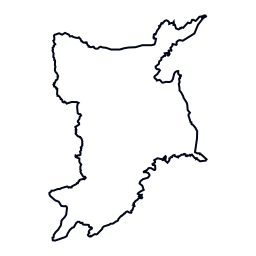 Phunphin, Surat Thani, Thailand (Mercator projection)
{"feature_id": "78962969B67039244737250", "entity_name": "Phunphin", "entity_type": "district", "adm_level": 2, "iso_a3": "THA", "parent_name": "Thailand", "parent_adm1": "Surat Thani", "projection": "mercator", "projection_center": [99.13, 9.024], "detail": "fine", "context": "isolated", "style": "outline", "palette": "ink", "viewbox_px": 256, "rotation_deg": 0, "n_neighbors": 0, "source": "geoboundaries", "source_scale": "gbopen_adm2", "svg_char_len": 5691}
<svg xmlns="http://www.w3.org/2000/svg" viewBox="0 0 256 256"><path d="M205.7,160.6L206.6,159.3L201.0,154.3L199.9,154.3L199.7,153.3L197.4,153.4L195.0,152.2L197.0,138.5L197.2,131.3L195.4,127.8L192.8,124.7L191.6,124.2L191.4,122.3L190.6,122.2L188.5,115.5L188.5,114.6L189.9,112.7L187.7,110.1L187.3,105.1L186.7,102.7L183.5,97.7L183.2,96.2L181.0,92.2L179.5,90.5L179.5,88.1L178.8,83.7L179.6,82.5L179.1,79.2L179.3,78.3L180.0,78.2L180.0,76.8L180.9,76.3L180.9,75.3L179.4,75.1L178.2,73.7L178.2,71.1L176.6,71.3L175.3,72.1L174.2,73.7L172.9,79.0L171.6,81.2L169.7,82.0L165.8,81.9L162.9,82.7L162.1,82.5L160.2,80.3L159.3,79.9L156.8,80.5L156.4,79.4L154.9,78.3L154.3,77.1L154.8,76.1L157.4,74.1L159.9,70.3L159.2,69.4L156.8,69.1L155.7,67.8L155.6,66.5L158.8,64.0L159.2,61.4L161.3,59.8L161.4,57.7L162.8,57.1L163.7,56.0L165.1,55.9L165.3,54.9L164.7,53.3L167.7,52.9L167.5,55.2L168.1,55.6L168.8,55.3L169.6,54.0L168.6,50.9L169.1,50.4L171.3,50.7L171.5,50.3L170.4,48.0L172.2,46.1L172.6,44.0L176.2,44.9L176.6,44.5L176.6,42.0L177.9,40.8L179.5,40.1L182.8,40.7L194.4,33.5L198.0,24.8L202.5,18.9L203.8,17.7L206.0,16.5L205.6,15.6L204.9,15.4L203.4,15.7L201.9,17.4L201.7,16.4L199.4,16.8L196.2,20.5L195.4,20.9L193.5,19.9L192.1,19.9L190.9,22.7L189.4,23.2L187.9,22.6L183.2,27.8L181.6,27.5L180.8,28.4L180.2,28.0L179.1,29.2L178.4,29.4L176.0,28.4L174.9,24.9L173.6,24.9L173.9,24.0L173.7,21.8L172.7,23.3L171.7,22.9L169.2,23.9L169.3,22.6L168.2,21.2L166.5,20.3L164.7,20.9L163.2,22.7L162.1,23.0L162.2,23.5L161.2,23.5L161.2,24.2L160.3,25.1L160.2,26.4L159.6,26.8L159.2,26.6L159.4,27.6L157.2,30.5L155.5,34.4L154.5,34.0L153.9,34.6L153.5,37.6L154.1,37.7L154.1,38.5L156.0,38.8L155.2,42.7L154.4,44.5L151.5,45.2L142.4,45.2L135.5,47.2L128.6,47.5L122.9,48.5L122.1,49.1L121.4,49.0L119.8,49.5L111.0,49.5L106.1,47.8L102.3,47.4L100.7,46.7L99.2,47.3L97.9,48.6L95.9,48.7L94.4,48.1L93.8,46.8L92.9,46.7L91.7,47.2L89.3,46.9L89.0,46.2L88.6,46.3L88.6,45.9L87.4,44.7L86.6,42.5L85.9,42.9L85.6,42.4L84.0,42.7L82.7,42.2L82.1,41.3L81.4,41.2L80.3,38.7L79.5,38.4L78.9,37.4L77.7,37.9L76.1,37.8L73.3,37.0L72.1,36.1L69.9,36.4L68.8,34.6L65.0,32.9L62.1,34.7L59.1,33.3L54.5,34.9L53.9,36.1L54.3,37.4L54.3,39.9L53.3,40.7L54.3,43.0L55.3,44.2L53.7,45.7L53.9,46.5L52.6,47.8L53.0,49.7L52.5,50.4L53.6,53.4L53.3,57.0L54.1,57.8L54.3,60.2L54.9,60.3L55.1,61.4L54.9,65.1L55.5,67.1L55.0,68.1L54.9,70.4L55.8,72.3L56.9,73.4L58.1,76.1L57.5,76.8L57.8,77.4L57.4,79.2L56.7,80.0L55.9,80.2L55.0,82.7L54.0,83.1L54.2,84.0L53.7,84.4L54.2,84.7L53.8,85.4L54.1,86.5L55.4,86.8L56.1,88.2L56.3,87.9L57.3,88.6L57.1,94.3L57.8,95.4L57.6,95.8L59.0,96.2L60.9,98.6L60.8,99.2L61.5,99.3L62.3,100.3L62.5,101.8L63.8,102.4L64.4,101.9L64.5,102.3L65.5,102.2L66.7,103.6L71.6,102.0L76.9,102.1L78.6,102.9L77.6,104.0L77.1,106.7L77.7,113.1L78.9,114.1L80.4,114.2L81.1,115.4L79.8,116.8L79.4,118.9L77.8,121.1L78.0,122.1L79.1,123.0L79.1,124.5L75.3,127.0L76.0,128.1L75.7,129.5L76.2,129.7L75.8,130.4L75.8,131.0L76.2,131.2L75.8,132.2L76.2,132.7L75.6,133.7L77.8,136.2L80.0,136.9L79.9,137.3L81.3,138.2L82.4,141.5L82.1,143.0L82.5,144.0L82.1,144.8L82.3,145.6L80.9,147.3L81.4,148.0L80.9,148.3L81.2,150.1L80.0,151.7L80.5,152.8L80.4,154.8L79.1,155.4L78.2,155.2L77.4,155.8L76.3,155.8L75.6,155.4L75.4,156.3L75.8,157.1L79.4,158.5L79.3,161.6L79.8,162.9L81.2,164.4L80.4,166.4L80.3,169.4L80.9,170.4L80.4,171.4L81.0,173.1L82.9,176.1L83.5,176.7L85.1,176.8L85.7,177.8L85.1,178.6L84.3,178.6L84.2,179.2L82.8,179.0L79.9,179.8L79.2,180.5L79.2,181.2L78.5,181.4L77.9,183.1L77.0,183.0L76.5,184.0L72.0,186.3L71.6,187.4L71.0,187.2L70.2,187.5L69.7,187.1L68.5,187.6L67.4,186.5L66.9,186.5L61.2,188.2L59.7,189.1L57.9,189.0L53.4,190.7L51.5,190.7L50.7,192.0L49.4,192.8L49.4,194.2L50.2,196.0L55.3,200.4L58.8,201.7L61.3,205.9L64.1,206.3L65.8,206.1L66.6,206.7L67.0,207.9L66.2,214.7L64.7,217.1L61.6,220.4L60.8,225.5L58.2,229.6L55.7,232.1L53.8,234.9L53.6,237.3L52.5,237.7L52.8,240.3L55.1,240.6L64.9,237.2L66.7,236.1L67.7,233.4L69.9,229.8L72.3,227.7L73.8,227.3L76.2,223.0L77.7,221.8L79.4,221.8L80.4,223.0L82.4,222.8L82.7,224.1L83.4,224.6L88.7,224.9L89.3,227.1L91.1,227.2L91.8,227.8L91.9,228.6L90.1,229.6L89.1,230.9L88.7,232.0L89.3,232.9L87.9,234.8L88.3,235.7L89.5,236.5L90.7,236.5L90.9,235.9L91.6,236.0L94.8,234.1L96.4,234.4L97.2,234.0L102.3,228.8L102.5,227.6L103.9,226.4L109.3,224.7L110.4,223.8L112.9,223.6L116.0,221.5L117.5,220.9L118.1,220.3L118.3,219.2L120.9,216.1L121.6,216.1L122.3,215.1L123.5,214.6L123.8,213.7L124.9,213.4L125.7,212.2L127.3,211.4L129.4,212.5L131.1,212.8L131.6,212.1L131.3,210.7L132.5,209.9L133.6,206.4L134.5,206.1L134.2,205.1L133.3,204.9L134.0,204.2L134.0,203.8L133.5,203.8L133.6,203.3L135.6,200.9L137.3,199.9L138.5,198.5L139.8,198.0L141.7,198.3L142.2,197.6L141.7,196.8L139.5,197.1L138.9,196.5L139.5,195.8L141.7,195.4L141.8,194.8L140.0,195.0L137.8,193.8L138.4,192.9L140.8,191.3L143.7,189.9L142.3,185.7L139.6,183.6L139.7,182.6L140.5,181.2L142.9,179.2L147.9,177.7L149.4,175.8L149.4,174.5L148.2,173.0L146.2,172.2L143.9,172.2L143.8,171.6L147.2,169.9L148.3,168.4L149.2,168.0L151.2,168.2L154.1,170.0L154.9,169.9L155.3,169.2L155.1,165.6L154.6,165.1L152.9,165.0L152.5,164.1L155.0,162.4L155.0,161.3L154.2,160.2L156.8,158.7L157.7,158.3L161.7,159.2L162.7,160.1L163.7,159.8L163.8,159.3L163.1,159.0L163.4,158.3L165.4,156.1L166.2,155.8L165.2,156.8L165.8,157.4L165.2,160.6L167.5,162.7L169.3,160.5L169.4,158.5L169.9,158.5L170.7,157.2L172.1,157.1L172.4,155.9L173.3,155.4L174.6,155.1L174.8,156.1L178.1,157.4L178.3,156.3L178.9,156.5L181.7,154.7L183.6,154.6L183.9,154.0L184.7,153.9L185.6,154.4L185.7,155.8L187.0,156.2L187.6,155.4L188.8,155.6L189.6,155.0L190.2,155.6L190.4,155.1L191.0,155.2L191.2,154.7L191.9,154.5L194.7,158.0L195.7,158.1L195.8,158.5L196.5,158.3L196.4,158.9L196.8,158.7L200.0,161.3L205.7,160.6Z" fill="none" stroke="#020617" stroke-width="2"/></svg>